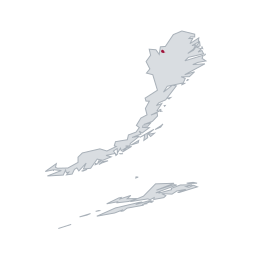 location of Hof nor, Vestfold, Norway, rotated 164°
{"feature_id": "86288312B12801335052403", "entity_name": "Hof nor", "entity_type": "district", "adm_level": 2, "iso_a3": "NOR", "parent_name": "Norway", "parent_adm1": "Vestfold", "projection": "equal_earth", "projection_center": [10.058, 59.556], "detail": "fine", "context": "in_parent", "style": "filled", "palette": "rose", "viewbox_px": 256, "rotation_deg": 164, "n_neighbors": 0, "source": "geoboundaries", "source_scale": "gbopen_adm2", "svg_char_len": 4049}
<svg xmlns="http://www.w3.org/2000/svg" viewBox="0 0 256 256"><g transform="rotate(164 128 128)"><path d="M154.6,111.7L144.4,113.5L146.1,114.7L143.8,118.3L131.9,116.9L129.5,121.2L121.5,121.8L117.0,125.3L119.2,128.2L112.9,134.0L106.1,135.4L105.9,142.0L100.1,147.9L103.3,148.9L103.3,152.0L89.3,156.2L89.5,172.4L95.1,175.7L90.7,178.8L92.3,186.9L86.2,191.7L85.9,197.9L79.6,195.5L77.7,190.1L74.5,197.1L69.6,196.1L58.7,205.3L49.5,206.4L38.0,199.8L38.8,197.1L42.6,198.4L44.7,197.2L41.0,196.3L45.2,192.0L35.1,195.1L36.7,191.2L43.8,189.6L40.0,189.2L43.3,185.8L50.0,183.2L43.5,184.8L35.4,191.3L36.0,187.1L39.8,186.8L35.7,183.9L39.7,181.7L35.6,182.1L34.9,178.5L50.4,179.3L54.8,176.9L35.7,177.2L37.6,174.5L34.6,171.0L42.8,171.8L48.3,171.1L36.4,168.5L58.8,163.6L48.5,163.7L54.9,160.4L62.8,162.6L59.3,159.9L62.5,156.1L78.8,157.3L84.0,152.7L73.5,156.9L69.9,155.2L84.1,144.7L91.5,143.7L94.5,141.7L88.8,142.2L95.2,136.8L93.4,135.6L102.4,134.1L95.8,134.6L96.3,131.4L102.7,127.7L112.0,127.0L105.0,126.5L108.6,124.2L113.2,125.9L113.9,124.6L107.4,122.4L115.8,119.3L118.1,121.9L117.2,118.6L126.7,117.8L119.3,117.0L130.1,112.5L131.0,110.3L135.3,111.4L133.5,110.1L140.8,107.9L140.8,110.6L145.1,106.9L144.1,111.2L148.4,109.9L147.2,107.1L156.7,107.7L152.1,104.9L161.2,103.9L166.2,106.6L175.0,99.6L182.2,100.9L177.9,105.8L187.1,100.3L188.2,103.7L190.9,103.0L194.4,99.1L200.0,99.9L197.0,101.9L199.6,101.9L199.6,104.8L203.2,100.6L218.7,104.1L203.8,105.5L210.8,108.3L219.5,109.0L206.7,113.5L208.6,110.2L207.0,108.8L196.8,106.1L185.5,108.7L184.1,113.7L178.8,116.6L160.8,115.7L154.6,111.7ZM112.8,51.2L122.9,52.2L122.0,53.9L126.6,53.0L128.5,54.4L146.1,56.6L131.9,58.2L116.9,66.7L99.0,62.2L117.8,60.4L99.6,60.9L96.9,59.8L119.2,58.0L114.5,57.6L116.6,56.9L103.2,56.7L103.0,58.0L93.4,58.8L81.9,55.7L88.5,55.7L85.8,54.2L80.9,54.9L77.5,52.3L96.6,51.9L98.1,52.3L89.4,53.1L98.4,54.0L103.9,52.3L113.7,55.6L110.2,52.5L112.8,51.2ZM134.7,49.6L151.0,51.2L155.3,49.6L157.3,49.8L156.2,50.7L164.2,50.0L182.3,51.8L162.1,54.6L137.6,53.4L134.7,53.0L141.7,52.4L128.6,52.3L125.5,51.7L129.3,51.3L123.3,50.8L132.3,50.9L131.2,50.1L134.9,50.5L134.7,49.6ZM147.6,57.2L159.7,59.2L157.7,59.9L169.4,61.0L156.2,63.3L153.7,63.1L155.2,62.0L143.9,62.4L148.3,60.2L138.8,57.7L147.6,57.2ZM113.9,116.8L119.4,115.7L103.4,119.6L111.4,116.4L111.7,113.3L116.2,111.7L113.9,116.8ZM122.3,111.0L129.8,110.8L121.1,113.1L122.3,111.0ZM129.6,109.3L140.1,106.4L134.6,109.5L129.6,109.3ZM76.8,55.9L84.9,57.9L86.8,58.8L80.4,57.8L76.8,55.9ZM108.6,113.6L110.1,116.4L104.0,115.7L108.6,113.6ZM166.0,100.9L162.1,102.8L156.2,102.0L162.8,101.6L166.0,100.9ZM166.9,102.3L165.3,104.5L162.8,103.9L166.9,102.3ZM96.6,119.8L102.4,119.1L96.1,121.0L96.6,119.8ZM222.3,50.6L209.2,51.0L222.7,50.6L222.3,50.6ZM191.5,55.6L199.1,55.9L187.6,56.1L191.5,55.6ZM178.7,99.5L183.0,99.0L184.5,99.4L178.7,99.5ZM169.7,101.7L169.0,102.9L167.7,101.9L169.7,101.7ZM147.2,104.9L147.3,106.1L145.6,105.7L147.2,104.9ZM134.3,77.8L133.8,78.8L131.7,78.0L134.3,77.8ZM182.1,56.8L178.6,56.7L178.2,56.4L182.1,56.8ZM80.6,144.6L81.8,145.8L78.6,145.5L80.6,144.6ZM139.9,104.7L142.1,105.1L143.4,105.8L139.9,104.7ZM125.6,50.0L127.1,50.5L124.8,50.3L125.6,50.0ZM64.1,155.2L60.4,155.4L64.3,154.7L64.1,155.2ZM58.7,157.2L57.3,158.2L56.7,157.7L58.7,157.2ZM95.2,121.3L93.3,122.3L95.4,120.6L95.2,121.3ZM35.0,184.4L34.5,186.1L34.3,183.8L35.0,184.4ZM91.9,135.8L91.0,134.9L92.2,135.0L91.9,135.8ZM211.5,107.2L211.2,108.2L211.5,107.2ZM92.9,136.7L90.8,136.9L93.3,136.5L92.9,136.7ZM86.8,138.8L87.0,139.6L86.0,139.4L86.8,138.8ZM34.2,177.0L33.3,178.1L33.5,177.2L34.2,177.0Z" fill="#d9dde1" stroke="#a8b0b8" stroke-width="1"/><path d="M73.6,193.0L73.8,193.0L74.0,193.0L74.3,193.0L74.2,193.0L74.2,192.9L74.1,192.7L74.3,192.6L74.3,192.4L74.3,192.2L74.2,192.2L74.2,191.9L74.1,191.7L73.9,191.6L73.7,191.5L73.6,191.4L73.4,191.3L73.4,191.2L73.2,191.1L73.0,191.3L72.9,191.3L73.0,191.4L72.9,191.5L72.7,191.5L72.5,191.8L72.4,191.8L72.5,191.8L72.7,192.0L72.8,192.0L73.0,192.2L73.0,192.3L73.3,192.4L73.4,192.5L73.5,192.6L73.5,192.8L73.6,193.0L73.6,193.0Z" fill="#f43f5e" stroke="#9f1239" stroke-width="1.5"/></g></svg>